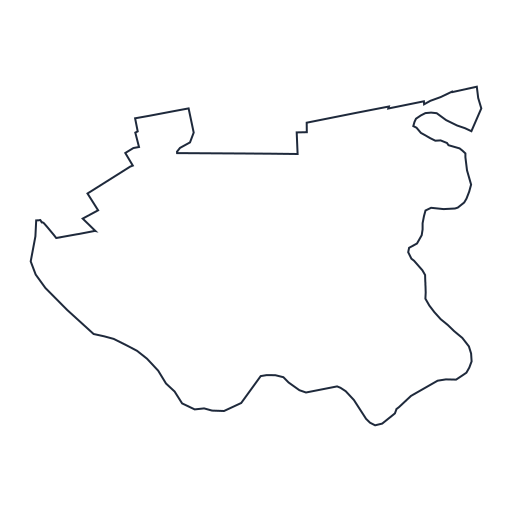 Roman, Neamt, Romania (orthographic projection)
{"feature_id": "2599482B34614164873345", "entity_name": "Roman", "entity_type": "district", "adm_level": 2, "iso_a3": "ROU", "parent_name": "Romania", "parent_adm1": "Neamt", "projection": "orthographic", "projection_center": [26.954, 46.936], "detail": "fine", "context": "isolated", "style": "outline", "palette": "slate", "viewbox_px": 512, "rotation_deg": 0, "n_neighbors": 0, "source": "geoboundaries", "source_scale": "gbopen_adm2", "svg_char_len": 2112}
<svg xmlns="http://www.w3.org/2000/svg" viewBox="0 0 512 512"><path d="M465.4,156.6L465.4,153.4L462.5,150.7L459.6,148.4L448.5,145.2L447.0,143.0L440.6,140.4L435.3,140.7L429.9,138.0L424.9,135.1L420.9,132.9L416.5,127.7L413.3,126.1L414.5,121.9L416.0,118.7L420.9,115.4L425.4,113.1L431.1,112.6L436.7,113.2L446.1,120.1L457.1,125.5L465.0,128.2L471.4,131.2L481.3,108.4L478.2,98.0L476.8,86.7L452.3,92.1L452.1,91.6L440.6,97.1L430.4,100.8L424.1,104.3L423.9,101.3L388.3,108.5L388.9,106.5L356.4,112.8L306.7,122.7L306.8,132.2L296.7,132.4L297.6,154.0L271.3,153.7L245.4,153.5L177.1,153.1L177.0,151.7L180.0,147.9L190.0,142.4L193.7,132.6L188.6,108.4L173.0,111.3L149.8,115.7L135.1,118.3L137.7,131.4L136.1,132.2L135.3,132.6L139.0,147.0L133.6,148.0L133.1,148.2L125.6,152.8L125.3,153.0L132.8,165.6L130.2,166.6L87.5,193.5L98.1,210.3L82.7,218.6L95.4,231.0L94.9,230.9L78.8,234.0L76.8,234.3L56.2,238.0L53.8,234.9L51.7,232.4L50.3,230.7L47.3,227.1L43.8,223.1L42.5,222.3L41.7,222.4L41.1,221.3L40.5,220.3L40.2,220.0L38.8,220.3L36.2,220.4L35.4,236.4L30.7,261.4L35.7,274.6L45.4,288.0L67.1,309.9L93.6,334.0L104.1,336.3L113.7,338.9L127.1,345.6L137.0,350.8L147.0,358.7L158.2,370.7L166.0,383.5L174.6,391.5L182.1,403.4L194.7,409.4L204.1,408.4L212.1,410.6L224.0,411.0L241.2,403.0L260.7,376.1L266.7,375.1L275.3,375.2L283.4,377.2L288.6,382.5L299.4,390.2L306.0,392.5L337.1,386.4L340.5,387.8L345.7,391.2L353.9,400.0L366.1,418.9L370.0,422.7L375.1,425.3L382.2,423.6L394.9,413.4L395.3,412.3L396.1,410.2L396.4,409.1L399.0,407.1L411.0,395.9L437.6,380.7L445.8,379.4L456.1,379.6L462.6,375.3L466.4,372.7L469.3,367.6L471.6,361.4L471.1,353.5L468.9,346.4L462.3,337.9L454.2,331.2L447.8,325.0L440.7,319.2L434.4,312.2L429.3,305.5L425.4,298.7L425.7,292.5L425.6,289.7L425.5,286.1L425.4,284.8L425.4,283.7L425.4,282.8L425.3,281.9L425.2,279.1L425.1,275.0L422.4,270.3L414.0,260.7L411.4,258.7L408.2,252.2L409.1,247.8L417.0,243.5L421.7,235.2L422.6,229.4L422.6,223.2L424.0,216.0L425.5,210.5L431.1,207.8L443.6,209.1L455.0,208.5L457.8,207.6L464.2,202.5L466.5,198.6L469.2,191.6L471.1,184.6L467.0,170.3L465.4,157.2L465.4,156.6Z" fill="none" stroke="#1e293b" stroke-width="2"/></svg>